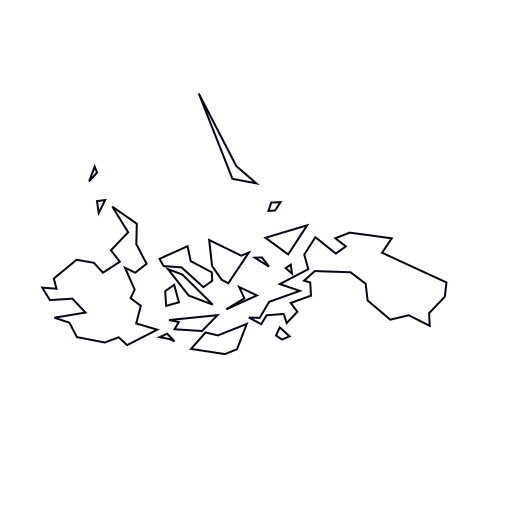 map outline of Philippines (Albers equal-area conic projection), rotated 109°
{"feature_id": "PHL", "entity_name": "Philippines", "entity_type": "country or territory", "adm_level": 0, "iso_a3": "PHL", "parent_name": "Asia", "parent_adm1": "", "projection": "albers", "projection_center": [122.681, 12.951], "detail": "medium", "context": "isolated", "style": "outline", "palette": "ink", "viewbox_px": 512, "rotation_deg": 109, "n_neighbors": 0, "source": "natural_earth", "source_scale": "50m", "svg_char_len": 1953}
<svg xmlns="http://www.w3.org/2000/svg" viewBox="0 0 512 512"><g transform="rotate(109 256 256)"><path d="M233.0,64.2L253.7,73.7L265.5,69.0L262.3,92.3L272.5,108.3L261.7,136.0L246.5,143.3L240.6,161.3L251.1,195.5L263.7,202.5L263.4,196.1L275.6,191.1L289.1,207.9L295.3,198.7L309.4,205.2L301.8,210.9L308.6,226.7L318.8,228.9L316.5,242.7L313.3,232.4L295.1,228.7L274.7,203.2L274.8,224.3L251.4,202.3L239.0,210.8L218.9,206.0L227.7,181.3L217.7,174.2L213.4,186.8L203.4,175.0L195.1,133.4L211.9,137.9L219.0,67.3L233.0,64.2ZM357.8,325.4L382.2,348.8L377.6,359.4L387.0,370.8L391.0,398.9L379.8,410.7L380.0,426.6L365.0,398.8L356.1,415.7L364.8,436.5L355.5,447.8L351.9,434.0L343.1,439.8L318.0,424.4L315.2,407.1L321.6,395.3L305.8,382.9L297.8,395.0L275.2,384.6L256.1,407.9L264.3,379.2L283.8,373.0L299.0,356.9L311.1,364.8L309.7,376.1L327.2,359.8L336.7,360.8L340.6,348.7L358.8,347.3L357.8,325.4ZM290.1,346.3L269.0,323.9L282.1,316.1L285.8,292.5L293.7,289.3L302.6,295.6L291.0,322.7L295.6,340.1L290.1,346.3ZM350.3,243.6L358.9,253.5L365.0,287.2L344.7,278.8L343.5,266.2L323.2,242.6L350.3,243.6ZM255.1,263.9L290.8,273.3L289.7,280.7L279.7,294.3L256.1,305.5L260.5,270.1L255.1,263.9ZM121.0,363.0L177.4,303.9L187.2,279.3L190.7,303.4L121.0,363.0ZM210.3,217.6L244.0,226.1L235.7,253.0L210.3,217.6ZM324.5,273.2L344.5,282.6L351.8,309.2L343.6,307.5L344.9,317.4L324.5,273.2ZM297.1,334.9L297.5,319.6L316.1,281.0L315.3,306.8L297.1,334.9ZM332.4,324.7L318.8,330.4L309.9,324.0L324.9,313.8L332.4,324.7ZM293.0,242.3L316.2,266.8L299.8,253.2L290.8,261.8L293.0,242.3ZM324.7,211.2L315.8,210.3L321.0,198.1L326.5,204.1L324.7,211.2ZM266.6,418.7L255.9,424.2L252.2,416.9L266.6,418.7ZM197.1,250.3L206.8,252.8L209.3,258.9L200.5,259.0L197.1,250.3ZM252.8,220.3L260.9,216.3L257.8,224.0L252.8,220.3ZM228.9,433.4L239.8,438.1L224.1,437.6L228.9,433.4ZM364.1,320.7L358.4,314.7L363.2,305.2L362.7,310.9L364.1,320.7ZM261.8,240.3L258.0,256.5L255.4,249.8L261.8,240.3Z" fill="none" stroke="#020617" stroke-width="2"/></g></svg>